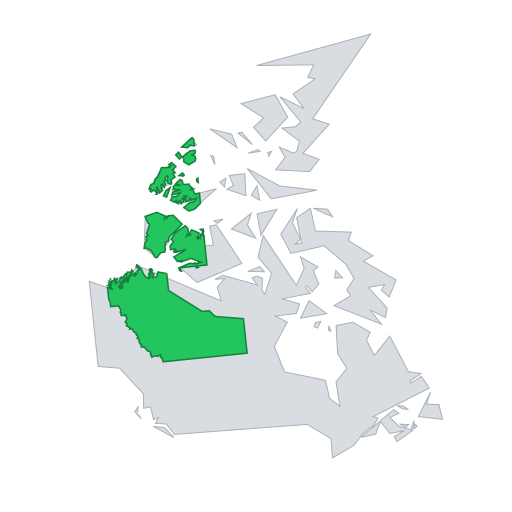 where Northwest Territories sits in Canada, rotated 354°
{"feature_id": "CAN-635", "entity_name": "Northwest Territories", "entity_type": "Territory", "adm_level": 1, "iso_a3": "CAN", "parent_name": "Canada", "parent_adm1": "", "projection": "mercator", "projection_center": [-123.126, 69.383], "detail": "fine", "context": "in_parent", "style": "filled", "palette": "green", "viewbox_px": 512, "rotation_deg": 354, "n_neighbors": 0, "source": "natural_earth", "source_scale": "10m", "svg_char_len": 9866}
<svg xmlns="http://www.w3.org/2000/svg" viewBox="0 0 512 512"><g transform="rotate(354 256 256)"><path d="M129.6,381.4L108.7,353.3L87.5,349.4L87.5,263.7L109.6,274.1L107.1,269.6L131.5,258.6L119.4,268.0L116.6,272.4L117.5,273.5L137.4,253.3L216.8,297.1L214.2,283.1L222.6,275.1L212.7,275.0L221.0,271.6L254.4,285.1L249.8,277.5L254.6,276.1L260.1,278.6L258.4,290.7L260.8,295.0L269.7,274.8L257.9,257.4L265.3,236.4L293.1,289.5L302.6,273.2L300.2,261.5L316.5,273.5L311.5,276.6L315.6,290.5L308.2,297.3L303.9,291.5L302.7,290.9L301.7,292.1L306.4,298.8L277.5,301.3L294.3,308.3L290.2,317.4L268.8,317.7L280.2,325.0L264.7,347.8L272.2,374.2L312.1,386.9L314.3,405.3L323.8,414.3L322.4,389.6L334.6,377.2L327.0,361.8L328.4,333.5L345.4,332.0L361.6,343.8L357.1,351.5L363.3,367.3L380.7,349.6L395.5,387.0L407.8,390.1L396.4,396.2L396.6,398.7L407.8,392.9L414.5,405.5L355.7,428.0L360.4,430.0L354.7,437.4L351.1,438.7L343.1,444.4L333.5,454.6L311.0,464.8L311.5,445.4L289.2,428.8L156.2,424.9L149.4,413.7L138.5,412.0L142.3,406.4L137.0,408.0L135.3,394.9L128.4,395.8L129.6,381.4ZM296.0,248.2L302.8,248.0L300.4,222.1L315.1,214.2L317.7,237.4L353.3,242.2L349.5,250.3L372.3,268.0L362.2,272.3L392.9,294.6L384.1,310.7L377.2,303.0L380.9,297.8L364.4,298.9L381.0,321.5L378.3,330.7L363.8,321.6L373.7,336.9L328.3,313.5L346.0,305.6L342.7,299.3L351.1,288.7L344.8,273.9L324.8,253.0L291.0,257.0L282.9,236.9L302.1,213.1L295.7,226.6L302.0,244.1L296.0,248.2ZM276.5,66.6L393.3,47.2L326.7,125.5L342.6,132.5L313.4,158.8L328.9,166.5L318.2,177.6L284.6,172.4L295.2,160.8L290.6,150.2L304.1,157.6L307.4,156.3L311.3,146.4L295.2,131.5L308.7,131.6L314.6,127.5L296.4,100.2L319.4,114.5L309.8,98.7L333.3,86.0L326.2,83.9L333.2,71.9L276.5,66.6ZM171.9,239.2L214.7,240.8L213.1,221.5L219.8,220.9L241.2,261.9L194.8,276.2L178.8,259.2L200.1,256.3L171.9,239.2ZM370.6,446.4L362.5,433.6L356.3,445.8L341.5,447.3L376.7,423.2L381.6,427.4L372.2,430.5L380.5,440.5L393.9,445.7L376.9,455.2L374.6,450.0L385.0,445.3L370.6,446.4ZM150.0,205.1L185.7,216.8L157.1,247.2L145.6,236.5L150.0,205.1ZM257.0,102.9L291.9,97.6L302.0,121.2L277.6,142.7L267.0,127.6L278.0,119.4L257.0,102.9ZM256.5,168.1L287.1,188.9L323.6,196.9L277.2,200.8L256.5,168.1ZM177.2,191.6L223.6,185.0L196.7,204.1L189.6,200.5L202.4,192.3L177.2,191.6ZM415.3,409.6L410.1,421.2L422.3,422.9L424.5,438.0L400.7,432.7L415.3,409.6ZM234.3,226.6L255.7,212.9L250.7,224.1L257.6,238.3L234.3,226.6ZM293.8,322.5L304.0,305.9L320.3,320.7L293.8,322.5ZM261.4,214.2L281.6,211.8L263.1,235.9L261.4,214.2ZM185.1,157.7L178.6,175.9L156.9,178.2L171.5,158.7L185.1,157.7ZM253.5,172.9L252.3,195.0L233.9,186.6L240.9,183.5L237.8,173.1L253.5,172.9ZM223.3,124.7L244.6,132.4L248.5,146.3L223.3,124.7ZM136.0,414.7L147.0,417.0L155.4,428.0L136.0,414.7ZM318.0,214.5L332.0,216.9L336.3,225.1L318.0,214.5ZM246.3,270.4L258.8,267.0L262.8,272.6L246.3,270.4ZM264.3,186.2L265.6,201.0L257.7,195.2L264.3,186.2ZM254.7,131.3L264.1,144.8L251.0,131.9L254.7,131.3ZM333.8,278.8L339.7,286.7L331.9,286.2L333.8,278.8ZM197.5,146.1L207.8,145.2L193.7,149.7L197.5,146.1ZM227.1,215.8L221.0,219.5L218.0,216.7L227.1,215.8ZM396.0,436.2L395.1,443.2L396.8,440.1L398.6,442.0L395.3,444.1L392.3,443.4L396.0,436.2ZM203.0,132.3L208.8,139.3L193.7,140.0L203.0,132.3ZM391.0,424.3L386.2,423.5L380.7,419.6L386.9,420.7L391.0,424.3ZM313.6,327.9L309.7,334.1L306.3,332.4L308.3,328.4L313.6,327.9ZM119.2,398.5L123.3,393.1L122.0,398.7L119.2,398.5ZM258.9,152.9L269.2,150.4L271.0,152.4L258.9,152.9ZM234.2,175.5L231.9,184.1L227.8,178.6L234.2,175.5ZM381.0,438.0L383.8,438.7L390.1,439.5L387.2,442.0L381.0,438.0ZM321.2,333.0L322.5,338.7L320.3,337.3L321.2,333.0ZM177.5,178.8L172.5,187.8L170.3,186.3L177.5,178.8ZM282.3,153.6L279.2,158.3L278.4,154.3L282.3,153.6ZM224.4,152.7L224.7,160.8L221.4,151.2L224.4,152.7ZM119.9,399.6L122.1,401.2L125.0,405.8L119.9,399.6Z" fill="#d9dde1" stroke="#a8b0b8" stroke-width="1"/><path d="M105.0,271.7L110.0,274.4L108.6,272.4L109.2,272.5L106.7,271.3L108.6,270.4L107.0,269.8L106.8,268.4L109.0,269.7L107.3,267.6L109.9,267.9L109.5,266.3L109.9,265.6L112.6,266.0L112.1,265.2L112.8,263.8L112.5,262.8L113.9,264.9L115.3,264.8L113.5,267.8L113.2,269.1L118.0,266.1L118.6,263.6L120.0,263.9L120.8,263.3L119.6,263.4L119.9,262.7L121.5,263.3L124.3,260.2L125.1,261.8L126.3,258.6L130.0,259.0L131.0,256.8L132.0,258.5L126.1,264.6L125.7,263.8L122.1,264.9L120.8,268.1L120.4,267.5L120.1,269.0L120.0,267.6L119.1,268.0L118.6,269.4L118.6,270.9L117.8,270.0L116.3,272.4L117.4,273.8L118.5,274.0L116.7,272.4L120.2,272.8L120.5,272.2L119.0,272.3L119.5,271.5L118.7,270.1L120.2,269.2L120.4,268.2L120.2,269.5L120.8,268.2L121.2,269.1L123.1,266.4L122.4,266.1L124.2,266.1L123.9,267.1L124.9,265.3L124.5,267.3L125.3,266.5L124.9,264.4L125.3,266.8L125.4,264.0L125.4,267.3L126.1,264.9L125.7,267.1L126.3,266.6L125.8,268.5L126.1,269.3L126.1,267.8L128.2,263.2L134.0,260.1L133.8,261.5L132.9,261.7L132.9,263.1L133.8,263.3L136.2,260.2L136.1,258.4L139.2,257.3L136.7,255.5L137.4,253.1L140.7,257.0L142.3,262.4L144.1,265.1L147.1,267.3L148.5,265.8L146.5,266.2L148.4,265.5L147.2,264.1L147.4,263.2L149.5,263.0L147.8,261.9L150.3,260.0L148.1,259.8L151.1,259.2L149.8,258.5L150.6,258.0L151.3,259.0L150.6,260.2L151.1,261.4L150.7,262.8L152.6,263.4L150.7,266.4L151.1,266.8L155.1,266.3L156.7,261.6L164.9,264.0L165.4,264.7L165.5,281.2L196.7,305.5L203.8,305.5L208.2,311.0L210.3,312.1L237.0,317.0L237.0,351.7L152.6,351.5L151.9,348.1L150.3,346.4L150.9,345.6L150.4,344.2L147.5,345.6L145.4,344.7L141.8,345.8L141.4,343.4L140.8,343.3L141.2,342.4L140.6,340.2L138.1,339.0L135.3,334.9L132.4,334.6L132.4,332.4L132.9,331.9L131.4,331.2L130.6,328.7L131.2,327.0L129.1,325.3L130.4,323.5L128.5,321.6L129.3,320.7L126.4,318.6L125.3,315.2L122.7,315.7L123.3,314.4L119.7,311.7L120.8,309.8L119.0,308.0L121.4,304.6L119.9,302.3L120.8,301.1L115.9,301.2L115.5,300.2L116.0,298.4L115.1,297.9L115.9,295.4L114.0,291.6L115.0,291.2L106.1,291.2L106.1,286.2L105.0,284.0L105.0,271.7ZM180.9,263.9L178.5,262.4L177.8,259.9L189.1,256.3L196.4,257.6L200.8,256.5L191.0,251.6L185.0,253.2L176.8,252.6L174.1,248.4L184.4,243.7L182.6,243.0L185.6,243.0L187.0,242.1L178.0,243.7L177.3,242.3L177.4,243.9L175.1,243.8L174.5,242.7L176.9,241.7L175.8,240.9L176.8,240.3L171.7,240.8L171.6,237.1L175.3,233.2L173.5,230.3L178.1,224.6L188.8,218.4L191.2,221.7L191.1,226.0L188.9,229.1L192.9,227.4L192.0,228.5L192.3,228.5L193.2,227.6L192.5,226.4L193.3,224.7L194.8,223.3L201.7,227.1L201.4,229.1L199.1,231.6L200.0,231.8L199.6,233.7L201.4,230.3L201.1,231.8L202.4,232.7L202.2,231.1L203.6,229.0L206.3,230.5L206.3,259.8L196.8,259.8L196.1,260.9L197.1,261.3L195.3,261.7L195.2,259.8L179.0,259.8L179.0,261.1L180.9,263.9ZM185.9,216.7L171.2,228.3L170.5,231.9L167.0,233.0L167.4,234.7L166.4,236.7L166.6,240.0L165.6,242.5L161.5,242.8L157.3,247.3L155.5,246.8L152.4,239.9L147.9,236.8L149.0,236.7L145.5,236.7L147.2,231.0L149.0,229.1L148.5,228.2L149.1,227.4L148.4,225.2L150.9,224.4L149.4,222.3L153.6,213.3L151.9,211.7L149.8,205.1L162.0,202.2L169.9,206.8L168.7,208.6L168.9,209.5L170.0,206.9L171.3,207.1L171.6,208.8L171.1,210.1L172.9,206.9L177.9,206.8L185.9,216.7ZM206.3,197.8L200.0,202.9L194.0,204.3L189.3,200.3L195.6,195.9L200.3,195.6L202.8,192.2L197.3,193.9L196.9,193.4L197.4,192.3L196.1,191.5L195.4,194.0L191.4,194.8L192.4,192.8L191.2,192.9L191.7,190.8L191.8,190.6L192.5,190.2L193.6,189.4L190.7,188.5L190.3,192.3L189.0,190.9L188.6,191.4L189.8,193.0L189.3,194.7L187.0,196.2L186.2,192.9L184.6,193.5L185.1,195.1L184.4,196.1L182.4,194.8L183.2,193.8L182.0,194.0L182.4,192.5L180.4,193.9L176.9,191.8L178.7,188.4L183.2,188.4L187.2,185.1L178.6,186.5L179.9,183.7L187.8,182.3L180.5,181.4L181.6,180.7L180.7,179.7L180.9,178.5L182.7,177.1L188.4,177.8L183.6,175.8L188.3,172.0L190.4,173.0L191.1,177.3L197.0,177.6L196.7,178.4L199.7,181.7L197.8,183.3L200.7,182.9L200.2,183.3L201.5,187.8L206.3,187.5L206.3,197.8ZM172.0,178.2L170.0,174.6L169.1,175.0L169.7,178.4L168.8,178.5L170.0,180.8L166.5,183.4L166.1,182.8L166.5,180.8L165.4,180.3L165.5,178.1L164.7,177.2L164.1,178.2L164.4,181.0L163.0,181.8L160.9,179.6L158.7,181.4L157.5,180.7L158.5,178.7L157.7,178.5L158.5,178.1L158.0,177.6L156.4,179.0L158.8,173.9L162.2,173.2L163.5,169.2L166.6,167.1L171.2,158.3L179.4,158.9L178.8,157.9L180.9,157.2L178.9,156.0L181.8,154.2L185.7,158.6L181.8,161.6L184.4,164.8L181.9,165.1L183.8,169.0L179.5,171.4L179.8,174.7L179.0,175.7L175.5,173.8L176.7,167.7L176.2,166.9L173.8,168.7L174.5,171.4L172.1,171.9L173.5,174.8L172.0,178.2ZM206.3,147.5L202.9,148.9L205.9,150.3L206.2,152.7L205.4,155.2L198.7,158.3L194.2,155.0L193.9,153.8L194.5,153.1L193.6,149.7L201.4,144.6L206.3,144.4L206.3,147.5ZM206.3,140.1L201.9,138.9L199.5,141.2L193.5,139.9L204.7,131.6L206.3,133.2L206.3,140.1ZM177.7,179.0L173.3,188.1L170.3,186.6L173.3,181.6L177.7,179.0ZM189.8,144.7L192.6,149.6L189.9,151.5L186.7,147.0L189.8,144.7ZM187.8,168.0L191.6,165.7L193.1,167.8L192.3,168.9L187.8,168.0ZM206.3,226.7L205.3,226.9L205.7,226.2L203.4,223.7L206.3,223.7L206.3,226.7ZM206.3,176.8L204.9,175.6L204.9,173.4L206.3,172.5L206.3,176.8ZM163.1,184.1L164.7,181.7L164.2,184.1L163.1,184.1ZM206.2,227.1L205.9,227.9L205.2,227.7L206.2,227.1ZM197.4,255.8L199.9,256.3L198.3,256.4L197.4,255.8ZM136.4,252.4L137.0,252.8L136.0,253.6L136.4,252.4ZM178.6,253.1L180.0,253.5L178.3,253.3L178.6,253.1ZM105.9,269.6L106.5,269.4L106.7,269.8L105.9,269.6ZM108.4,266.6L109.2,266.5L109.5,267.0L109.4,267.4L108.4,266.6ZM108.7,264.5L108.6,263.7L109.0,263.7L108.7,264.5ZM181.6,253.6L182.9,253.7L181.4,253.9L181.6,253.6ZM206.0,229.2L206.2,229.8L205.3,229.2L206.0,229.2ZM107.3,265.4L108.3,265.9L107.3,265.6L107.3,265.4ZM115.0,264.3L114.3,264.4L115.1,264.2L115.0,264.3ZM194.0,256.5L194.6,256.3L195.0,256.5L194.0,256.5ZM180.4,253.5L181.0,253.3L181.4,253.5L180.4,253.5ZM183.7,253.3L184.0,253.3L183.1,253.5L183.7,253.3ZM180.3,254.0L181.2,254.5L180.2,254.0L180.3,254.0ZM149.0,257.9L148.6,258.5L148.4,258.4L148.5,258.0L149.0,257.9ZM204.3,228.7L204.5,229.0L204.0,228.7L204.3,228.7ZM204.9,228.0L205.3,228.1L204.8,228.2L204.9,228.0ZM204.5,228.4L205.0,228.6L204.4,228.4L204.5,228.4Z" fill="#22c55e" stroke="#15803d" stroke-width="1.5"/></g></svg>